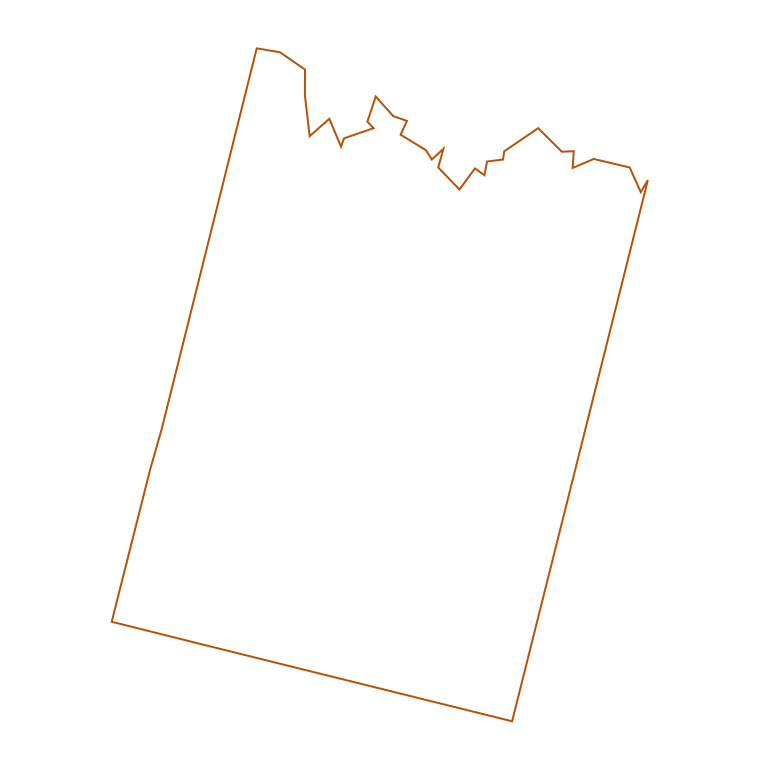 McCulloch, Texas, United States of America, rotated 14°
{"feature_id": "52423323B18546494380839", "entity_name": "McCulloch", "entity_type": "district", "adm_level": 2, "iso_a3": "USA", "parent_name": "United States of America", "parent_adm1": "Texas", "projection": "equal_earth", "projection_center": [-99.373, 31.217], "detail": "fine", "context": "isolated", "style": "outline", "palette": "amber", "viewbox_px": 768, "rotation_deg": 14, "n_neighbors": 0, "source": "geoboundaries", "source_scale": "gbopen_adm2", "svg_char_len": 617}
<svg xmlns="http://www.w3.org/2000/svg" viewBox="0 0 768 768"><g transform="rotate(14 384 384)"><path d="M177.8,523.1L177.3,680.6L273.2,680.7L589.9,680.3L590.7,122.3L586.7,135.7L570.1,114.5L533.1,114.9L514.8,128.7L511.8,112.2L500.4,115.6L471.7,98.5L444.4,129.1L445.2,137.4L430.2,143.2L430.9,157.1L420.1,152.8L410.2,177.0L384.2,160.8L384.8,141.4L376.1,154.6L368.2,147.0L339.8,138.1L342.6,123.2L328.1,121.8L306.4,107.1L304.4,133.5L312.0,138.3L285.8,155.3L284.9,164.1L266.8,139.9L251.9,161.5L237.3,122.7L231.3,98.0L202.8,87.3L179.3,89.1L179.2,482.5L177.8,523.1Z" fill="none" stroke="#b45309" stroke-width="2"/></g></svg>